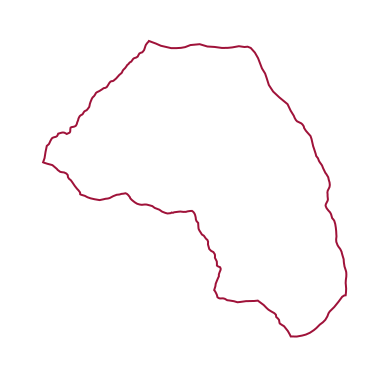 Tsamang, Mongar, Bhutan, rotated 354°
{"feature_id": "84629894B64921010136115", "entity_name": "Tsamang", "entity_type": "district", "adm_level": 2, "iso_a3": "BTN", "parent_name": "Bhutan", "parent_adm1": "Mongar", "projection": "mercator", "projection_center": [91.133, 27.369], "detail": "fine", "context": "isolated", "style": "outline", "palette": "rose", "viewbox_px": 384, "rotation_deg": 354, "n_neighbors": 0, "source": "geoboundaries", "source_scale": "gbopen_adm2", "svg_char_len": 4562}
<svg xmlns="http://www.w3.org/2000/svg" viewBox="0 0 384 384"><g transform="rotate(354 192 192)"><path d="M336.1,283.0L335.9,282.2L335.7,278.5L335.7,276.9L335.8,274.7L335.3,272.1L334.7,268.8L334.5,267.1L333.9,265.4L333.4,264.1L332.0,261.8L331.2,260.1L330.3,256.7L330.4,254.1L331.0,251.5L331.1,250.1L331.1,249.5L331.3,246.0L331.3,242.4L331.1,238.8L330.5,235.6L329.8,234.2L328.7,232.7L328.4,231.1L328.0,228.7L327.2,226.7L325.8,224.8L324.3,222.4L323.9,221.4L323.4,219.6L323.8,218.2L324.8,216.6L326.0,214.8L326.4,213.5L326.4,212.2L326.4,210.3L326.6,208.4L326.6,206.7L327.1,204.9L328.2,203.2L329.3,201.4L329.8,199.4L329.8,196.9L329.3,194.2L329.0,191.5L327.5,188.3L326.6,186.8L326.0,185.1L324.9,182.1L324.1,179.2L323.3,177.7L322.3,176.0L321.5,174.3L320.8,171.6L319.3,169.2L319.0,167.0L318.2,163.2L317.8,161.3L317.3,159.2L316.9,155.9L316.4,151.7L315.7,148.7L312.9,144.8L311.6,142.9L310.2,140.1L310.0,138.4L309.0,136.5L307.9,135.2L306.5,134.3L303.9,132.7L302.8,131.2L301.8,128.9L301.2,126.8L298.6,121.4L296.2,114.6L288.8,107.1L283.2,100.6L279.6,93.6L278.2,86.7L277.1,81.8L274.5,76.4L271.7,65.8L269.1,59.9L267.8,58.1L265.5,54.9L262.5,53.3L259.4,53.3L253.9,51.9L247.2,52.4L243.1,52.4L237.0,51.9L229.6,50.1L222.5,48.9L215.1,45.8L205.8,45.7L200.3,47.2L196.1,47.5L191.9,47.3L186.2,46.7L176.3,43.3L171.6,40.6L164.9,37.3L164.4,38.0L163.8,38.5L163.1,39.1L162.2,40.1L161.6,40.7L161.0,41.8L160.3,43.4L159.2,45.8L157.8,47.3L156.8,48.0L155.9,48.1L154.2,48.7L153.2,50.0L152.2,51.6L150.7,52.4L148.4,52.9L147.5,53.4L146.5,54.5L145.2,56.0L144.1,56.4L143.1,57.1L142.2,58.1L140.9,58.9L139.7,60.4L138.3,61.9L136.6,63.2L135.8,64.1L134.7,66.0L133.4,67.0L132.0,67.9L128.4,71.2L125.6,73.1L124.8,73.4L123.4,73.4L122.5,73.7L121.2,74.9L119.4,77.3L118.1,78.8L116.6,79.4L115.0,79.5L114.1,80.0L112.7,80.8L111.8,81.2L110.7,81.8L107.7,82.9L106.7,83.6L105.8,85.0L104.6,86.4L103.0,87.6L102.0,89.0L100.5,91.8L99.6,93.8L99.1,95.5L98.6,96.8L97.9,97.5L96.8,98.7L95.7,99.7L94.4,100.1L93.4,100.6L92.3,101.8L91.8,102.7L90.9,103.5L90.1,103.7L89.2,104.2L88.3,104.8L87.3,106.2L86.6,107.5L86.4,108.3L85.7,109.7L85.1,110.8L84.6,112.2L83.7,113.6L83.1,114.2L81.5,114.7L78.9,114.9L78.0,115.3L77.5,116.9L77.4,118.0L77.1,119.4L76.4,120.2L74.9,120.7L73.5,121.2L72.4,120.4L71.3,119.7L70.3,119.4L69.3,119.3L68.5,119.4L67.1,119.6L66.0,119.9L65.2,119.9L64.8,120.3L64.3,121.4L63.7,122.2L63.0,122.6L62.3,122.9L60.7,123.1L59.4,123.4L58.4,123.9L57.8,124.6L56.5,126.4L55.7,127.8L54.7,129.4L52.4,131.0L50.5,136.9L48.9,142.9L47.0,146.9L47.9,147.4L51.1,148.8L54.8,150.2L56.0,150.7L58.2,153.0L60.0,154.9L60.7,156.0L63.1,158.2L64.7,158.7L66.9,159.2L69.0,160.5L70.2,162.2L70.2,164.2L71.0,165.9L72.7,167.6L73.7,169.3L76.1,173.8L78.0,176.8L79.3,178.5L80.6,180.7L80.6,182.6L81.6,183.2L85.0,184.6L87.5,186.3L90.5,187.7L94.3,189.0L99.3,190.4L103.1,190.0L105.4,189.7L107.6,189.7L109.5,189.4L113.2,187.9L116.8,186.9L119.6,186.9L121.6,186.5L123.7,186.5L125.7,186.3L127.0,187.0L128.2,188.3L129.7,190.7L130.0,191.9L131.3,193.6L133.0,195.3L134.4,196.6L136.3,198.0L138.7,199.0L140.7,199.5L141.9,199.5L143.9,199.5L145.7,199.8L148.9,201.0L151.1,201.9L153.2,203.9L157.7,206.2L160.2,208.4L163.3,210.0L165.4,210.8L166.8,210.8L168.7,210.8L169.5,210.3L170.9,210.7L172.1,210.3L176.0,210.2L178.3,210.2L181.4,210.9L183.9,211.1L185.6,210.8L188.3,210.7L190.0,210.8L191.2,211.9L192.2,213.6L192.7,215.3L193.0,217.6L193.0,219.8L193.5,221.5L194.9,223.4L194.8,225.2L194.7,227.7L194.7,229.3L195.3,231.0L196.4,233.2L197.4,235.3L199.2,236.7L201.0,239.9L202.3,241.3L202.8,243.1L202.4,245.8L202.9,248.7L203.2,250.5L204.9,252.6L207.0,254.0L208.2,256.4L208.2,258.1L207.9,259.8L208.9,262.3L209.4,263.7L209.3,265.9L209.1,267.8L210.1,268.7L212.1,269.8L212.5,271.3L212.3,272.4L211.2,274.4L210.1,276.7L209.9,278.7L208.9,280.3L207.3,283.2L206.0,285.7L205.4,288.2L204.4,290.5L203.8,291.9L204.6,293.2L205.4,295.2L206.0,297.0L206.3,299.2L207.3,300.2L208.7,300.8L211.7,301.0L213.4,301.6L215.7,303.3L217.9,303.8L222.3,305.0L225.7,306.4L228.7,306.4L234.2,306.2L239.1,306.6L242.8,306.9L246.1,306.9L251.5,311.9L254.1,315.2L255.7,317.0L258.5,319.2L261.2,321.1L262.6,322.8L262.7,325.1L264.3,326.9L265.2,328.4L265.3,330.7L265.5,331.9L267.4,333.5L269.5,335.1L272.8,340.3L274.4,344.0L275.1,346.0L281.2,346.7L286.5,346.3L290.3,345.7L294.6,344.3L298.8,342.1L301.5,340.3L305.3,337.2L308.5,335.3L311.2,333.1L313.6,329.9L315.1,326.9L316.5,325.2L321.4,321.3L326.2,316.5L330.4,311.9L332.6,310.8L334.0,310.8L334.2,310.0L334.7,307.6L335.2,304.2L335.3,300.1L335.3,298.6L335.8,295.6L336.6,292.3L336.9,290.1L337.0,287.8L336.8,286.3L336.1,283.0Z" fill="none" stroke="#9f1239" stroke-width="2"/></g></svg>